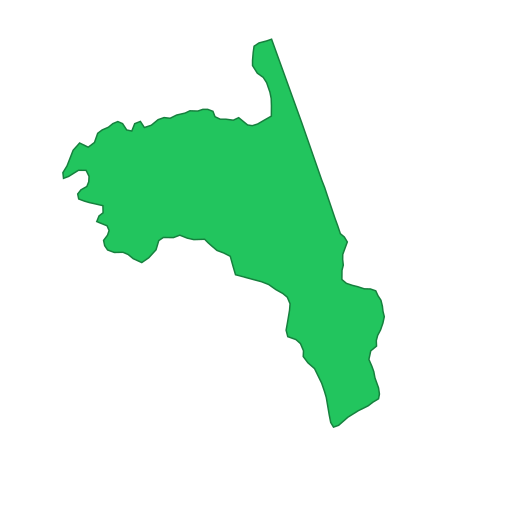 Benevides, Pará, Brazil (Mercator projection), rotated 329°
{"feature_id": "56859067B32539617912041", "entity_name": "Benevides", "entity_type": "district", "adm_level": 2, "iso_a3": "BRA", "parent_name": "Brazil", "parent_adm1": "Pará", "projection": "mercator", "projection_center": [-48.283, -1.361], "detail": "fine", "context": "isolated", "style": "filled", "palette": "green", "viewbox_px": 512, "rotation_deg": 329, "n_neighbors": 0, "source": "geoboundaries", "source_scale": "gbopen_adm2", "svg_char_len": 2080}
<svg xmlns="http://www.w3.org/2000/svg" viewBox="0 0 512 512"><g transform="rotate(329 256 256)"><path d="M154.7,202.8L163.1,202.3L173.5,199.2L180.6,192.7L186.1,192.4L194.7,197.7L201.4,198.9L206.3,205.3L211.1,209.9L220.6,215.2L221.8,220.1L223.3,224.9L225.4,231.1L229.9,236.8L233.8,243.0L231.0,253.1L228.8,261.5L241.2,274.4L247.5,280.9L252.2,287.0L255.7,295.0L259.7,302.0L261.6,307.4L260.6,314.5L256.8,319.8L248.5,329.5L243.6,335.1L241.7,341.5L247.2,348.2L249.0,354.0L247.9,361.7L244.7,366.5L245.5,374.3L248.2,382.7L246.8,398.8L245.0,407.2L243.4,413.4L236.9,430.0L234.3,437.2L234.3,442.6L239.6,443.7L251.8,441.5L264.1,441.3L275.1,442.2L280.8,441.5L287.5,441.5L290.7,437.9L293.1,432.2L295.2,421.7L297.4,415.8L298.5,410.4L299.5,402.8L305.5,396.4L312.9,395.3L315.6,390.4L319.4,386.7L324.7,383.5L330.2,378.9L334.7,374.1L336.4,368.7L338.5,364.1L340.3,358.3L340.1,352.9L340.7,347.5L337.1,343.2L331.9,339.9L327.3,334.6L323.5,330.8L319.4,326.0L317.5,320.4L322.3,312.6L326.1,308.8L328.5,303.6L331.2,299.3L341.5,291.0L341.5,285.2L339.8,280.3L341.7,271.7L343.1,264.4L348.2,241.1L350.1,232.7L351.4,224.9L363.8,165.5L381.0,78.2L375.8,77.1L368.3,74.9L362.4,75.2L358.5,80.0L353.8,86.5L351.1,91.0L351.3,100.0L354.2,106.6L354.4,112.9L352.3,122.8L350.1,128.9L346.6,135.2L341.2,144.0L332.6,143.8L325.4,143.7L320.0,142.4L316.3,139.4L312.4,128.5L306.5,127.9L300.6,123.2L295.8,120.3L292.6,115.5L293.6,109.8L290.2,105.5L285.9,102.9L280.8,101.8L274.1,97.5L268.9,97.0L260.6,94.3L253.3,93.7L248.5,90.0L242.3,88.7L233.6,90.0L226.5,88.4L226.2,81.1L220.2,80.1L213.9,84.9L210.1,81.4L209.8,73.8L206.8,69.6L201.5,68.8L195.8,69.6L189.0,68.7L183.5,69.3L176.0,75.5L168.2,76.3L163.0,68.3L153.7,71.2L140.5,81.4L133.4,85.1L131.0,90.3L136.4,91.3L148.0,91.1L154.5,95.1L153.9,101.8L150.9,106.2L146.8,109.3L140.1,109.1L135.1,111.0L133.4,115.8L137.2,120.6L140.7,124.4L144.4,127.9L150.7,134.0L147.2,140.2L142.1,140.8L137.2,144.5L143.9,153.4L143.2,158.5L139.4,161.7L133.4,164.1L131.6,169.2L131.9,174.4L136.4,180.0L143.9,184.3L147.2,188.9L149.4,195.1L154.7,202.8Z" fill="#22c55e" stroke="#15803d" stroke-width="1.5"/></g></svg>